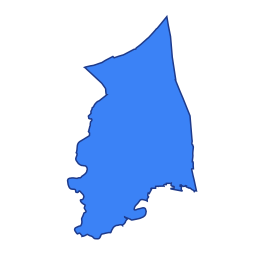 the district of Murighiol, Tulcea, Romania, rotated 176°
{"feature_id": "2599482B84020842271263", "entity_name": "Murighiol", "entity_type": "district", "adm_level": 2, "iso_a3": "ROU", "parent_name": "Romania", "parent_adm1": "Tulcea", "projection": "orthographic", "projection_center": [29.149, 44.927], "detail": "fine", "context": "isolated", "style": "filled", "palette": "blue", "viewbox_px": 256, "rotation_deg": 176, "n_neighbors": 0, "source": "geoboundaries", "source_scale": "gbopen_adm2", "svg_char_len": 5462}
<svg xmlns="http://www.w3.org/2000/svg" viewBox="0 0 256 256"><g transform="rotate(176 128 128)"><path d="M140.2,31.0L140.1,31.6L140.0,31.8L139.5,32.1L138.5,32.7L137.3,34.1L137.0,35.0L136.4,35.8L136.2,36.1L135.0,37.2L137.5,39.3L137.5,39.5L135.7,38.5L132.4,37.0L131.1,36.1L130.7,36.0L129.9,36.0L125.8,36.5L123.2,36.9L122.3,37.1L119.9,37.9L119.1,38.2L117.9,39.0L117.4,39.4L116.6,40.4L116.2,41.5L116.0,42.3L115.9,42.7L115.8,43.1L115.7,43.6L115.8,44.1L115.9,44.5L116.3,46.2L116.6,46.6L117.3,47.1L118.1,47.3L119.1,47.3L123.1,46.5L123.4,46.6L125.9,45.8L126.8,45.8L127.4,46.0L127.5,46.2L127.4,47.0L126.9,48.5L126.6,49.1L125.8,50.1L123.5,52.2L120.9,55.2L120.4,55.5L119.6,55.6L119.1,55.7L118.1,55.5L116.7,55.1L115.3,54.6L113.9,53.8L113.9,55.6L112.7,57.5L112.6,57.4L112.3,57.8L112.3,58.0L112.5,58.1L112.8,58.4L112.8,58.7L112.9,58.8L113.0,59.0L113.0,59.7L112.9,60.1L112.9,60.3L112.5,61.3L112.3,61.8L111.4,61.1L108.9,65.1L109.4,65.5L109.2,66.1L109.0,66.3L104.7,66.0L104.5,67.8L103.9,67.8L102.3,67.8L101.8,67.6L101.6,67.8L96.9,67.6L96.5,67.6L96.2,67.5L96.4,68.3L96.3,68.5L96.1,68.9L95.9,69.0L95.6,69.1L94.4,69.0L94.1,68.8L93.8,68.8L93.7,69.0L93.6,69.4L93.6,70.1L93.4,70.1L89.0,69.8L88.7,69.9L89.0,68.2L89.0,67.7L88.6,67.2L88.1,67.1L87.8,66.9L87.6,66.8L87.4,66.7L87.2,66.7L86.3,66.5L86.2,66.4L86.1,66.1L86.3,64.8L86.6,64.7L87.9,64.9L88.6,64.7L89.2,64.7L89.3,64.7L89.4,64.3L89.3,64.2L78.6,61.4L78.4,61.6L78.4,61.8L78.5,62.0L79.1,62.3L79.1,62.7L79.2,63.3L79.1,63.8L79.1,64.0L78.8,65.1L79.1,65.9L79.4,66.1L80.0,66.2L80.0,67.4L79.0,67.6L78.7,67.1L78.4,66.8L77.9,66.5L77.8,66.3L77.6,66.3L77.3,66.0L77.0,66.0L76.4,65.8L75.8,66.0L75.4,66.0L74.7,66.4L74.5,66.0L73.8,66.1L74.0,65.3L73.9,65.2L73.3,64.8L72.5,64.4L71.8,64.3L71.6,64.1L71.3,63.7L70.7,63.8L70.4,63.8L69.4,63.0L68.5,62.1L67.7,61.7L67.1,61.2L66.6,60.7L66.3,59.9L66.1,60.0L65.7,60.5L65.2,60.8L64.7,60.7L64.1,60.5L65.7,71.6L66.5,76.3L66.9,79.3L67.2,81.0L67.2,81.5L67.4,82.5L67.2,82.8L66.4,82.9L65.6,82.8L65.6,83.1L65.6,85.9L65.4,88.5L65.5,89.3L65.5,89.6L65.7,89.9L66.2,89.9L65.9,91.9L65.5,93.9L65.2,95.8L65.2,97.7L65.0,99.5L64.2,104.0L64.2,105.3L64.3,105.5L64.5,105.6L64.8,106.2L64.8,106.4L64.7,106.6L65.1,107.0L65.3,107.4L65.4,107.9L65.3,108.6L64.9,110.4L65.0,112.5L65.3,135.8L71.0,153.5L73.6,161.0L77.4,172.7L77.0,172.7L78.9,195.6L79.2,216.3L80.6,227.3L81.5,236.4L91.9,225.4L92.7,225.0L94.6,223.0L101.2,216.7L102.3,216.0L109.5,210.4L112.0,208.7L114.2,207.3L114.8,206.2L116.5,206.1L121.0,204.1L127.4,201.3L132.0,200.3L136.9,199.0L138.1,200.4L145.7,197.1L148.6,195.6L148.9,195.3L157.9,192.9L161.1,192.6L166.1,191.8L167.1,191.5L166.1,190.7L165.1,189.5L154.5,178.2L151.4,174.9L150.7,174.0L148.1,169.7L147.7,169.0L147.6,168.7L147.6,166.0L147.5,164.0L147.4,163.2L147.1,162.8L146.7,162.7L147.1,162.4L148.7,161.3L154.8,157.2L156.4,156.6L157.1,156.2L157.9,155.5L158.9,154.6L159.7,153.6L160.2,152.9L160.7,151.9L161.0,151.5L161.4,151.2L162.2,150.8L162.3,150.6L162.7,149.1L163.2,148.3L163.8,147.2L163.9,146.7L163.9,146.0L163.8,145.6L163.9,145.2L165.3,143.8L166.6,142.8L166.7,142.5L166.5,141.1L166.5,140.5L166.2,140.1L165.1,139.7L164.8,139.6L163.9,139.7L163.7,139.5L163.5,139.0L163.5,138.5L163.6,138.1L163.9,137.7L164.7,136.9L164.9,136.7L165.0,136.2L165.2,135.5L165.4,134.7L165.5,133.0L166.0,132.2L166.6,130.2L167.0,129.2L167.1,128.9L167.1,128.2L167.3,127.9L167.7,127.5L167.7,127.3L167.5,126.9L166.7,125.7L166.7,125.3L166.9,124.4L166.8,123.9L166.9,123.4L167.2,123.0L168.2,122.4L176.9,117.9L177.6,117.4L178.1,117.0L178.8,116.2L179.4,115.1L179.8,113.8L180.5,109.5L180.9,108.1L181.1,106.9L181.3,106.8L180.7,106.1L180.7,104.8L181.1,103.8L181.6,102.8L182.2,101.3L182.2,100.1L181.9,99.2L181.2,98.0L180.0,96.0L178.8,95.0L177.9,94.4L176.9,93.9L175.6,93.7L174.9,93.5L173.7,93.3L173.0,93.1L172.6,92.7L172.2,92.2L171.9,91.8L171.7,91.2L171.5,90.1L171.5,89.5L171.9,88.6L172.4,87.0L173.1,86.1L174.4,84.9L176.4,83.6L177.0,83.3L177.8,82.7L178.0,82.3L178.9,81.7L180.4,81.7L181.1,81.7L182.1,81.3L183.2,81.4L183.7,81.5L185.9,82.0L187.4,82.1L189.9,81.9L190.9,81.5L191.2,81.3L191.5,80.9L191.9,80.1L191.9,79.1L191.8,77.9L191.7,76.1L191.4,74.8L191.0,73.5L190.5,72.4L190.0,71.9L189.5,71.4L188.8,71.1L188.0,70.9L186.4,70.7L185.5,70.5L184.9,70.2L184.7,69.8L184.6,69.3L184.6,68.5L184.6,67.9L184.3,67.6L183.9,67.4L183.5,67.3L182.7,67.2L182.2,67.5L181.9,67.7L181.3,68.5L180.6,68.5L180.1,68.0L177.3,64.6L177.0,63.5L176.8,62.9L176.8,62.5L177.0,61.9L177.6,60.6L178.0,60.1L178.4,59.9L178.9,59.7L179.6,59.7L180.2,59.6L180.4,59.5L180.5,59.1L180.3,58.1L179.9,57.4L179.2,56.5L178.2,55.6L176.3,54.2L176.2,53.7L176.3,53.4L177.2,51.4L177.2,51.1L175.8,48.3L175.7,47.9L175.8,47.5L175.9,47.2L176.4,46.8L177.2,46.6L177.8,46.3L178.1,45.7L179.0,43.7L180.5,41.0L180.6,40.3L180.5,37.8L180.7,36.6L180.9,35.8L181.2,35.1L182.0,33.8L182.3,33.7L183.6,33.5L184.3,33.3L186.6,32.4L187.4,32.0L187.8,31.7L188.3,30.7L188.3,30.0L188.0,29.0L186.7,26.8L186.1,26.1L185.9,25.9L185.5,26.0L183.9,26.5L183.5,26.4L183.3,26.3L182.9,25.8L182.0,24.6L181.2,23.7L181.4,23.1L180.2,23.2L178.4,23.7L176.2,24.7L175.9,24.7L175.2,24.3L174.8,24.0L173.7,23.3L172.3,22.8L171.1,22.1L170.5,21.5L170.1,20.9L169.2,20.1L168.0,19.8L165.9,19.6L165.4,19.6L164.5,19.9L163.7,20.6L163.2,21.5L163.3,21.5L163.0,22.1L162.6,22.8L162.0,23.6L161.6,23.9L161.0,24.1L159.3,24.3L157.9,24.6L154.7,25.0L154.1,25.0L152.7,24.8L152.4,25.0L151.3,27.3L150.3,28.7L149.6,29.8L148.7,30.5L147.7,31.1L146.6,31.6L146.4,31.6L145.6,31.6L144.6,31.7L142.7,32.1L141.3,31.9L140.8,31.6L140.2,31.0Z" fill="#3b82f6" stroke="#1e3a8a" stroke-width="1.5"/></g></svg>